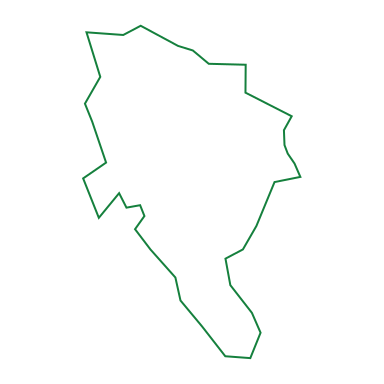 Izboskan, Andijon, Uzbekistan (Natural Earth projection), rotated 89°
{"feature_id": "79887680B50454088446008", "entity_name": "Izboskan", "entity_type": "district", "adm_level": 2, "iso_a3": "UZB", "parent_name": "Uzbekistan", "parent_adm1": "Andijon", "projection": "natural_earth1", "projection_center": [72.251, 40.931], "detail": "fine", "context": "isolated", "style": "outline", "palette": "green", "viewbox_px": 384, "rotation_deg": 89, "n_neighbors": 0, "source": "geoboundaries", "source_scale": "gbopen_adm2", "svg_char_len": 618}
<svg xmlns="http://www.w3.org/2000/svg" viewBox="0 0 384 384"><g transform="rotate(89 192 192)"><path d="M248.8,234.5L277.2,210.1L300.3,205.4L326.7,184.2L356.8,161.6L359.1,136.6L333.9,125.9L313.9,134.2L285.8,155.3L259.2,159.7L250.3,142.1L227.1,128.2L183.5,109.3L178.8,83.4L165.3,89.0L155.3,95.6L146.7,98.7L131.8,99.0L118.0,91.0L93.6,136.8L65.7,136.1L64.1,173.0L50.5,188.7L45.7,203.4L24.9,240.4L33.8,258.0L30.5,294.7L75.3,281.7L101.8,297.5L119.8,290.6L161.1,277.4L176.5,300.6L216.2,285.6L191.9,264.9L206.5,257.8L204.3,244.1L215.2,240.0L228.2,249.6L248.8,234.5Z" fill="none" stroke="#15803d" stroke-width="2"/></g></svg>